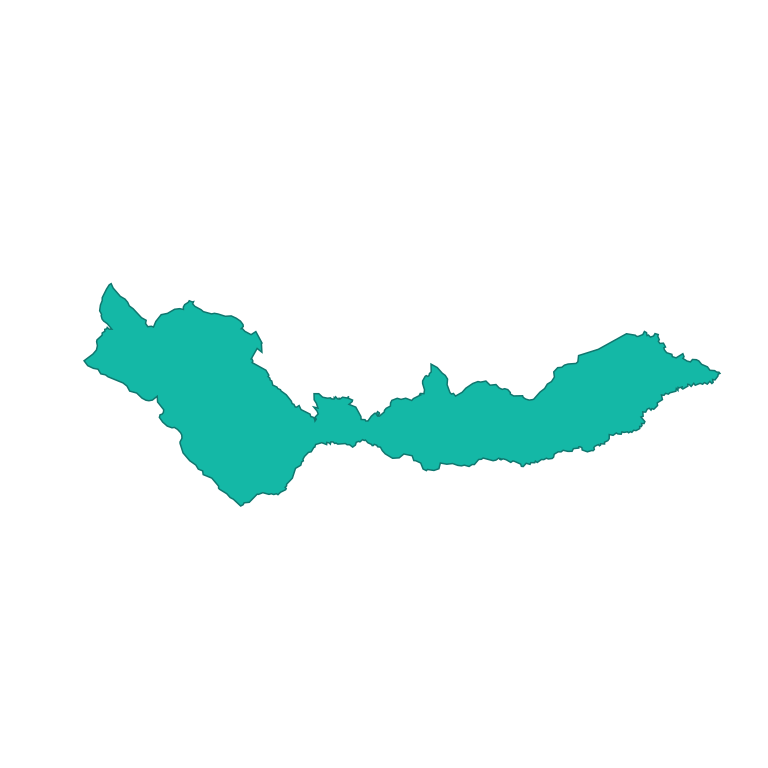 the district of Ibarra, Carchi, Ecuador, rotated 119°
{"feature_id": "8360857B37631210722611", "entity_name": "Ibarra", "entity_type": "district", "adm_level": 2, "iso_a3": "ECU", "parent_name": "Ecuador", "parent_adm1": "Carchi", "projection": "robinson", "projection_center": [-78.188, 0.517], "detail": "fine", "context": "isolated", "style": "filled", "palette": "teal", "viewbox_px": 768, "rotation_deg": 119, "n_neighbors": 0, "source": "geoboundaries", "source_scale": "gbopen_adm2", "svg_char_len": 6162}
<svg xmlns="http://www.w3.org/2000/svg" viewBox="0 0 768 768"><g transform="rotate(119 384 384)"><path d="M405.6,594.7L407.5,594.8L411.2,596.8L414.0,596.8L416.0,595.6L417.2,599.3L420.2,603.4L427.2,607.6L431.4,612.5L439.9,613.9L445.9,613.2L446.3,615.5L448.4,618.4L446.6,621.9L443.6,622.9L443.6,628.2L439.8,639.9L439.2,644.6L436.8,647.8L435.3,651.7L435.2,657.1L431.4,667.4L428.5,671.3L430.5,672.4L435.6,672.7L445.1,672.3L447.7,670.9L452.4,670.3L457.8,668.2L460.0,664.8L461.4,664.5L463.9,662.0L464.9,659.6L465.4,655.2L468.0,648.6L469.3,650.9L468.7,653.5L470.2,653.3L471.6,654.7L473.2,653.7L476.0,655.2L478.0,654.2L484.5,656.4L486.3,655.9L489.5,653.2L493.7,652.0L499.0,653.1L509.1,657.6L511.6,652.0L511.2,645.8L509.7,641.3L512.4,636.6L511.0,632.0L511.5,629.0L509.6,612.8L510.4,607.8L513.5,603.0L511.8,595.9L513.7,588.8L513.6,584.3L512.6,581.5L510.4,578.8L504.7,576.4L509.5,573.3L513.3,564.2L516.0,563.1L518.2,563.6L519.4,564.9L522.1,564.3L524.6,559.1L525.9,553.2L525.1,548.2L523.6,546.3L523.8,542.6L525.2,538.3L526.7,536.1L529.4,534.4L533.6,534.3L534.9,533.5L541.7,526.3L545.3,516.7L546.1,509.3L548.5,505.1L547.9,500.5L550.9,498.2L549.8,489.0L553.5,479.2L555.3,478.2L555.8,476.9L556.2,468.3L557.9,463.5L557.8,459.9L560.2,450.2L557.9,448.7L555.7,448.7L552.8,444.5L541.8,441.5L541.4,440.3L537.8,437.3L536.3,431.1L534.6,429.4L534.1,426.8L532.2,425.0L532.2,423.1L528.8,422.0L524.2,418.8L522.9,418.8L522.3,420.4L520.3,419.8L518.9,420.6L510.8,418.5L500.7,420.5L495.4,417.4L492.0,418.2L490.3,417.3L489.1,418.4L485.9,418.4L480.4,416.9L478.6,414.8L473.4,414.6L472.8,413.9L470.1,414.5L465.5,410.0L464.8,404.8L462.8,405.7L462.1,403.4L462.6,401.8L460.4,402.4L459.4,400.6L459.9,398.3L458.9,397.3L459.0,395.3L454.8,388.9L455.0,386.9L453.8,384.7L454.4,380.8L451.3,379.4L448.4,380.0L446.5,378.4L446.3,377.0L443.0,375.7L443.0,373.9L442.0,373.1L443.2,369.6L442.9,365.6L443.6,364.5L443.0,363.5L441.5,363.3L441.1,360.6L442.0,359.2L441.0,356.5L443.1,353.2L444.5,349.1L444.8,340.5L441.2,334.9L435.6,332.7L433.1,324.6L436.5,320.8L435.7,319.0L435.3,313.6L439.4,308.6L439.2,304.9L437.7,304.6L435.4,298.4L431.5,294.9L425.8,296.4L423.7,290.2L420.3,285.4L419.4,280.0L418.0,276.5L416.0,274.4L414.9,269.6L411.8,268.0L410.6,265.9L404.1,264.6L402.6,262.3L400.7,261.4L398.2,251.4L396.3,249.2L393.4,247.8L392.8,245.9L393.7,246.0L393.6,244.9L391.7,243.6L391.0,240.4L391.1,235.1L388.8,234.0L388.4,232.4L387.8,225.7L389.4,223.9L388.7,222.2L384.4,221.2L383.5,217.3L381.6,217.5L379.8,214.0L378.1,214.2L378.3,211.9L373.7,209.7L372.7,207.6L370.2,206.0L369.9,203.9L367.6,200.8L365.7,200.2L362.9,201.1L358.9,198.8L357.5,196.2L355.1,195.2L353.8,190.5L351.7,186.9L348.7,187.0L345.6,182.6L344.6,183.2L343.8,182.2L343.8,180.0L345.6,178.7L344.7,173.2L341.4,170.0L341.0,168.8L339.3,168.3L337.8,169.7L335.9,169.2L333.1,167.2L333.6,165.6L332.5,165.0L331.3,165.6L329.5,162.0L328.0,162.9L325.1,160.8L322.7,160.5L319.0,162.5L317.8,158.7L314.2,157.1L314.3,155.2L312.9,152.2L310.5,152.6L310.0,150.6L307.8,147.9L308.1,146.4L306.2,145.3L306.1,143.8L303.4,143.2L302.6,141.0L299.0,138.7L297.2,139.8L296.7,138.5L295.3,138.2L293.7,139.6L292.5,137.4L290.4,137.6L288.3,143.2L286.6,141.7L283.0,144.1L281.7,141.5L278.4,141.6L276.6,140.3L277.4,137.8L275.6,137.7L275.3,135.8L274.1,135.4L270.2,134.3L268.0,135.9L262.7,132.9L259.1,136.0L258.1,133.6L255.7,133.2L255.0,130.4L253.1,129.7L248.8,125.2L246.3,126.1L247.1,123.8L244.4,125.1L244.3,124.0L242.1,121.8L243.4,121.4L243.5,120.2L238.5,117.2L237.0,118.2L236.5,116.8L237.2,114.2L233.2,113.4L234.2,111.2L230.2,107.9L229.7,105.2L227.4,104.4L227.4,101.2L223.8,100.3L224.6,97.5L223.0,96.9L220.7,98.8L220.0,96.5L215.3,95.8L213.3,96.5L211.9,95.3L211.3,96.7L212.3,98.9L212.0,101.3L214.0,105.6L212.2,109.4L212.8,115.8L211.2,119.8L211.3,122.6L213.0,126.1L216.1,126.7L217.0,130.1L216.7,135.0L214.7,134.8L212.6,137.3L219.5,141.2L220.3,145.1L218.5,146.6L219.6,151.9L218.3,155.1L216.7,156.8L215.2,155.7L212.8,159.4L214.8,162.4L213.6,164.8L211.8,164.7L209.5,167.7L207.8,168.1L208.5,171.4L211.3,171.5L213.8,173.7L213.0,176.5L214.1,177.4L211.8,179.3L211.8,181.7L215.3,181.6L219.2,184.8L219.9,186.1L219.5,187.9L222.5,196.3L249.8,213.4L264.8,227.6L270.6,225.2L272.9,226.0L277.3,232.7L280.0,235.3L283.2,236.6L285.5,240.0L291.1,241.4L295.4,238.3L300.7,238.7L304.9,241.1L310.1,241.3L315.4,243.6L324.8,245.7L325.8,246.7L327.7,249.2L328.5,252.9L328.2,255.7L327.1,257.1L331.6,264.8L331.5,268.7L330.2,269.4L328.9,273.0L329.6,276.2L331.4,278.0L331.6,281.5L330.2,285.8L333.6,290.6L332.0,296.3L335.5,300.4L336.3,303.0L340.5,306.6L348.0,310.4L353.3,311.6L359.9,315.6L358.6,318.7L360.1,320.2L359.5,322.2L354.0,328.5L348.9,330.8L346.8,334.6L346.3,338.3L343.8,345.4L343.8,352.5L350.5,348.6L352.9,349.3L354.8,348.7L356.1,349.3L356.2,351.1L357.4,351.7L362.6,351.7L364.8,350.5L369.5,345.7L373.1,344.4L374.7,347.7L375.9,347.7L375.9,346.7L382.5,351.2L385.0,351.8L385.9,358.1L389.2,361.6L390.1,365.5L394.5,369.2L397.4,369.1L400.2,367.7L404.2,370.3L406.8,370.8L408.3,370.2L414.3,372.4L415.2,374.0L414.5,375.3L414.0,374.0L412.3,373.5L411.5,374.1L411.3,376.2L413.0,376.1L414.2,378.0L418.4,379.5L424.1,380.1L425.2,382.0L424.4,383.3L426.1,386.8L423.6,388.5L417.9,397.5L418.8,404.8L414.9,403.3L413.3,403.7L413.8,408.3L411.9,409.0L414.0,409.2L415.6,413.8L418.2,415.1L418.2,416.2L418.9,415.9L419.5,417.5L418.7,420.0L419.6,419.9L419.8,421.1L421.1,420.3L421.8,421.1L422.5,423.1L422.0,424.0L423.8,426.5L425.3,431.3L424.1,436.3L426.4,440.5L431.7,437.4L433.7,433.7L437.1,430.1L438.2,434.2L440.2,429.3L442.1,427.1L446.5,428.2L447.6,426.2L449.9,426.4L447.8,428.3L447.4,430.1L448.0,432.2L446.2,434.1L446.6,444.2L444.0,447.8L446.6,449.2L447.1,450.6L445.5,452.9L445.7,454.8L443.9,456.8L440.8,464.3L440.0,470.7L439.2,471.8L439.5,474.7L438.6,476.1L438.9,480.8L435.8,483.6L435.7,485.5L434.2,486.7L433.7,489.0L432.1,489.0L429.2,494.0L429.2,509.7L427.5,509.8L426.1,511.7L426.4,512.3L414.4,512.2L415.4,506.2L407.8,511.0L407.3,510.6L400.3,521.5L405.3,524.2L405.4,531.2L404.3,534.6L404.8,535.6L401.9,535.0L400.4,536.1L398.6,540.0L398.1,545.1L398.5,550.6L401.7,555.6L403.2,563.0L404.4,566.6L406.3,568.8L408.3,577.1L407.7,580.1L407.8,587.1L406.7,590.2L404.3,590.5L405.2,591.5L405.6,594.7Z" fill="#14b8a6" stroke="#0f766e" stroke-width="1.5"/></g></svg>